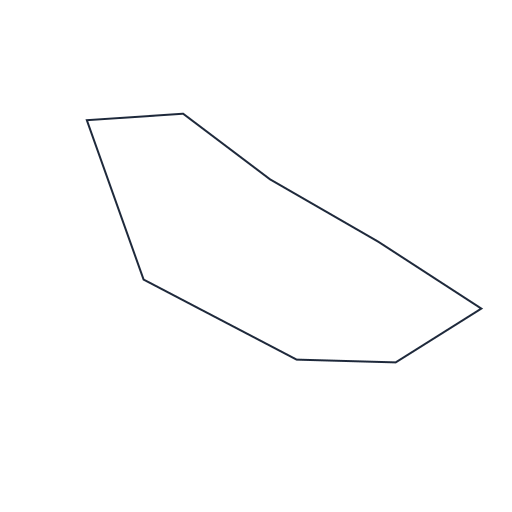 map outline of Naxçıvan (orthographic projection), rotated 34°
{"feature_id": "AZE-2422", "entity_name": "Naxçıvan", "entity_type": "Municipality", "adm_level": 1, "iso_a3": "AZE", "parent_name": "Azerbaijan", "parent_adm1": "", "projection": "orthographic", "projection_center": [45.44, 39.213], "detail": "fine", "context": "isolated", "style": "outline", "palette": "slate", "viewbox_px": 512, "rotation_deg": 34, "n_neighbors": 0, "source": "natural_earth", "source_scale": "10m", "svg_char_len": 272}
<svg xmlns="http://www.w3.org/2000/svg" viewBox="0 0 512 512"><g transform="rotate(34 256 256)"><path d="M472.2,173.6L431.3,266.1L347.6,319.2L176.0,338.4L39.8,238.0L116.0,178.8L224.8,184.6L349.3,175.8L472.2,173.6Z" fill="none" stroke="#1e293b" stroke-width="2"/></g></svg>